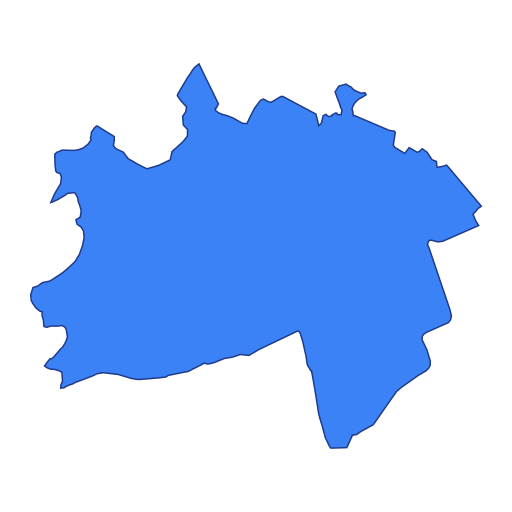 outline of Bilbis, Ash Sharqiyah, Egypt
{"feature_id": "37247803B42171035160974", "entity_name": "Bilbis", "entity_type": "district", "adm_level": 2, "iso_a3": "EGY", "parent_name": "Egypt", "parent_adm1": "Ash Sharqiyah", "projection": "orthographic", "projection_center": [31.512, 30.409], "detail": "fine", "context": "isolated", "style": "filled", "palette": "blue", "viewbox_px": 512, "rotation_deg": 0, "n_neighbors": 0, "source": "geoboundaries", "source_scale": "gbopen_adm2", "svg_char_len": 4012}
<svg xmlns="http://www.w3.org/2000/svg" viewBox="0 0 512 512"><path d="M365.0,92.7L361.1,93.2L355.4,90.8L353.2,89.3L351.1,87.1L349.7,86.3L348.2,85.6L346.1,84.1L338.8,86.1L335.1,91.9L337.2,97.7L339.2,102.9L340.6,107.3L342.0,110.3L341.2,113.9L341.2,114.7L337.5,114.6L336.8,113.1L335.4,113.1L331.7,115.2L331.7,115.9L328.8,116.6L327.4,115.8L326.0,114.3L323.1,115.7L322.3,119.4L321.5,122.4L321.2,123.6L319.6,124.9L318.7,125.7L318.5,124.4L317.2,119.2L315.9,114.1L311.8,111.9L282.9,96.5L280.8,96.5L273.7,100.8L271.3,102.2L270.5,102.1L269.1,102.1L263.4,99.0L260.4,100.4L254.5,108.3L250.7,115.6L248.4,120.5L247.0,123.5L242.6,123.4L233.3,118.1L231.2,117.3L227.6,115.8L221.8,114.2L218.2,112.6L215.4,110.4L215.4,108.2L216.2,108.2L218.4,103.9L213.5,93.7L204.9,76.2L199.0,63.9L194.5,67.5L192.3,70.4L190.1,74.0L188.6,76.1L187.1,78.3L186.5,79.3L178.1,93.5L177.3,95.6L178.8,97.9L180.9,100.8L183.0,103.1L185.1,105.3L186.5,106.8L185.9,110.7L185.7,111.9L182.7,116.2L183.3,125.0L187.5,129.5L187.5,131.7L187.4,136.1L182.9,141.8L174.1,149.7L171.9,151.8L171.6,153.5L170.3,159.8L158.6,165.4L147.0,168.8L141.8,166.3L137.7,164.2L131.2,160.4L128.4,158.9L125.5,155.2L123.4,152.2L118.4,149.9L115.5,148.4L113.4,145.4L114.3,140.3L114.3,139.4L114.3,136.6L97.5,126.2L96.5,126.0L95.7,126.7L94.2,128.2L93.4,129.4L91.3,132.5L91.2,135.4L90.4,138.3L91.1,139.8L88.1,144.1L83.7,147.7L81.5,148.6L78.6,149.7L74.3,150.4L62.0,150.1L60.7,150.7L59.1,151.5L56.9,152.2L54.7,154.3L55.1,166.0L55.4,167.9L55.8,171.2L57.2,172.7L60.1,173.5L61.4,177.2L60.7,183.0L60.6,183.7L54.6,193.8L51.2,201.6L50.8,202.5L53.0,201.8L58.8,199.0L61.0,197.6L64.7,195.5L67.6,193.4L74.5,192.6L76.3,195.0L77.7,198.0L78.3,201.7L79.7,205.4L81.0,209.8L81.0,212.7L80.2,217.1L75.9,219.8L77.1,224.3L79.3,225.8L81.4,227.3L82.1,228.8L82.8,229.9L83.5,231.1L84.1,237.6L82.5,245.7L79.4,254.4L75.0,261.6L70.5,265.9L63.2,272.3L58.0,275.8L51.4,280.1L49.3,281.2L42.5,282.6L37.4,286.2L33.0,287.5L30.7,294.8L31.3,300.7L33.4,304.4L36.2,308.1L39.8,311.1L42.3,311.9L42.1,312.8L42.1,315.7L43.4,320.1L43.8,324.7L44.0,326.5L46.7,327.3L51.0,326.0L55.4,326.1L57.5,326.1L61.9,325.5L64.8,327.0L66.1,329.2L66.4,330.7L67.4,336.6L66.7,339.5L65.1,343.1L62.9,346.7L60.7,348.9L53.3,357.5L51.1,358.9L49.8,358.9L44.5,365.9L45.1,366.3L46.8,367.7L51.1,369.3L54.7,369.4L59.8,371.0L61.9,372.5L62.2,377.0L62.5,381.3L60.9,384.9L60.8,388.2L62.3,387.8L63.8,387.9L66.0,386.5L68.9,385.1L73.3,383.7L75.5,382.3L81.3,380.2L92.2,376.1L96.6,373.9L97.5,373.7L100.3,373.1L101.3,373.1L103.1,372.7L118.3,374.5L131.2,378.4L137.8,379.5L140.6,379.4L158.2,377.9L160.3,377.7L160.9,377.6L163.3,377.3L166.0,377.0L168.2,375.4L185.1,372.0L187.8,371.6L201.7,364.6L202.8,363.9L203.9,363.2L207.4,363.9L208.2,364.0L214.0,362.7L224.2,358.5L229.5,357.6L232.2,357.2L238.9,355.0L240.2,354.5L247.0,355.2L248.9,355.4L258.4,349.8L267.1,345.6L294.7,332.4L295.9,331.8L297.8,330.9L299.9,332.4L302.7,341.3L306.0,356.0L307.3,364.8L310.8,370.7L311.5,370.7L313.4,381.0L316.0,396.4L318.6,413.3L319.9,418.4L322.6,427.3L325.3,437.6L329.5,446.4L330.9,448.1L344.2,447.7L346.8,447.6L352.1,436.0L352.1,435.2L353.8,435.0L356.5,434.6L359.6,432.4L361.6,431.1L366.7,428.3L373.3,424.7L396.4,391.6L402.3,386.6L407.4,383.1L418.4,375.3L425.7,371.1L428.7,368.2L430.2,365.3L430.3,360.9L428.9,356.5L426.9,349.9L424.1,344.0L422.0,339.5L422.3,336.3L423.6,334.4L426.5,332.3L448.4,322.6L450.6,319.7L451.4,316.1L450.1,310.2L428.9,247.5L427.5,244.6L428.3,241.7L429.1,240.8L429.2,240.7L429.8,240.2L431.9,240.3L437.7,241.9L440.1,241.6L442.8,241.3L443.6,240.9L478.7,225.5L477.1,223.0L475.7,220.8L473.0,214.2L475.2,212.0L478.1,208.4L479.4,207.6L481.3,206.2L447.1,165.6L446.2,165.1L444.3,166.0L441.4,166.6L437.0,167.3L436.4,161.4L432.1,159.8L429.6,156.1L427.2,152.4L422.2,148.7L419.3,151.5L417.1,152.2L409.2,147.6L404.8,153.4L394.7,147.3L393.3,145.1L394.4,138.1L395.0,134.2L395.1,132.0L394.2,131.1L389.3,130.4L356.4,116.4L354.9,115.7L353.4,115.7L352.8,112.0L352.1,108.3L352.9,106.1L355.1,102.5L358.8,99.0L361.7,97.6L366.1,94.7L365.0,92.7Z" fill="#3b82f6" stroke="#1e3a8a" stroke-width="1.5"/></svg>